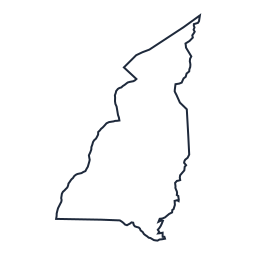 Jaguaribara, Ceará, Brazil
{"feature_id": "56859067B84152218297204", "entity_name": "Jaguaribara", "entity_type": "district", "adm_level": 2, "iso_a3": "BRA", "parent_name": "Brazil", "parent_adm1": "Ceará", "projection": "orthographic", "projection_center": [-38.522, -5.579], "detail": "fine", "context": "isolated", "style": "outline", "palette": "slate", "viewbox_px": 256, "rotation_deg": 0, "n_neighbors": 0, "source": "geoboundaries", "source_scale": "gbopen_adm2", "svg_char_len": 2471}
<svg xmlns="http://www.w3.org/2000/svg" viewBox="0 0 256 256"><path d="M199.9,15.4L183.7,27.1L149.4,49.6L142.5,52.2L136.2,55.2L123.9,67.4L136.4,79.0L135.0,80.3L133.4,81.2L129.7,81.9L127.7,82.5L126.5,83.4L124.6,84.9L122.7,86.1L121.4,87.4L119.4,88.0L117.9,88.9L116.2,91.0L115.7,93.1L114.9,95.3L115.1,97.6L115.0,101.3L115.4,103.9L116.6,106.6L118.0,115.0L118.9,117.5L119.4,120.5L117.2,120.8L115.1,120.9L113.5,121.4L111.5,121.7L109.0,122.1L106.5,123.3L104.4,125.7L102.8,127.4L101.0,128.9L99.9,130.4L98.2,132.0L98.1,134.6L97.0,136.8L96.0,138.6L94.1,140.3L93.0,142.1L92.4,144.4L91.4,147.1L91.3,149.5L90.3,152.3L88.9,155.3L89.3,157.8L89.7,159.8L89.3,161.6L88.5,164.4L87.8,166.8L86.7,168.6L85.4,171.1L83.3,172.0L81.5,173.1L79.2,173.6L77.4,174.0L75.8,174.8L74.2,176.1L72.9,178.1L71.6,179.2L70.6,180.5L69.7,181.9L68.5,183.5L68.1,185.5L67.3,187.5L65.7,189.1L64.5,190.4L62.9,191.8L61.9,193.7L61.5,196.2L61.2,198.1L61.6,200.0L61.3,201.8L60.2,203.9L59.2,205.9L58.0,208.3L57.3,210.9L56.7,213.4L56.6,216.1L56.1,218.9L101.5,219.7L119.8,220.4L121.6,221.5L123.3,222.8L125.1,224.6L127.0,225.2L128.6,224.3L130.1,223.5L131.5,222.4L133.2,222.7L133.7,224.8L134.8,226.3L136.4,226.9L138.7,227.5L139.9,228.6L140.6,230.4L142.7,232.0L143.9,234.0L145.4,235.2L147.1,236.3L148.7,237.7L150.4,238.0L151.9,238.9L153.9,240.1L155.6,240.4L157.6,240.6L159.5,239.5L161.8,239.3L165.0,238.7L164.4,236.8L162.7,236.8L162.6,235.2L162.6,232.7L160.1,233.2L158.2,233.4L159.2,231.9L157.8,229.8L159.4,227.9L160.6,226.1L161.7,223.8L162.9,220.8L161.2,220.5L158.5,221.8L159.7,218.8L162.4,218.5L165.0,217.4L166.9,215.8L169.2,213.9L172.1,212.4L172.3,210.0L173.6,209.1L174.1,207.4L174.9,204.9L174.6,200.9L177.1,200.2L178.6,201.1L178.8,199.5L178.5,197.9L178.3,196.0L176.8,195.0L177.1,192.9L176.8,191.3L176.1,189.8L175.4,187.9L175.5,186.2L175.3,184.7L175.1,182.9L176.9,180.9L178.6,180.6L180.2,180.1L179.8,177.7L180.1,175.3L181.8,173.3L184.3,170.4L184.5,168.7L184.7,166.8L186.1,165.2L184.1,162.8L184.4,161.2L185.2,159.7L187.6,157.8L189.2,154.6L188.3,136.3L186.8,109.3L179.9,102.6L176.4,94.8L175.4,92.9L174.7,91.4L174.8,89.6L175.5,84.2L179.2,83.6L181.7,82.6L182.7,80.3L183.6,78.4L185.7,76.8L186.6,73.5L187.9,72.5L189.2,71.4L189.4,69.2L190.2,67.1L190.4,64.8L190.2,63.1L189.8,61.3L190.1,58.7L191.3,56.4L186.0,47.6L185.8,45.4L185.5,43.5L187.1,42.5L189.5,41.0L192.8,37.6L192.3,35.3L193.6,33.5L194.7,31.7L193.6,29.7L194.5,27.4L193.8,25.7L193.9,24.1L197.9,22.9L199.0,21.2L199.9,15.4Z" fill="none" stroke="#1e293b" stroke-width="2"/></svg>